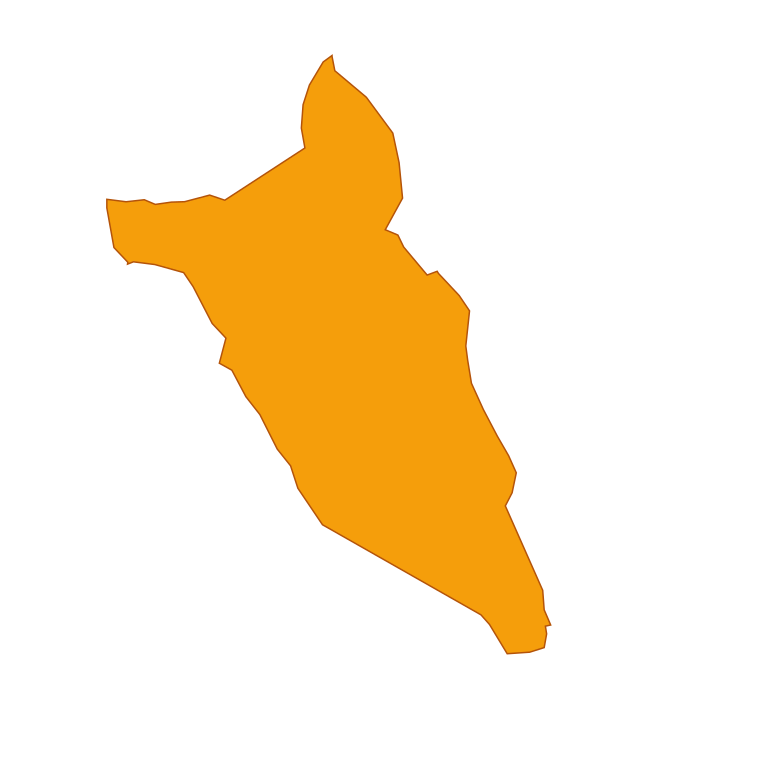 Morne Lastic, Soufrière, Saint Lucia, rotated 56°
{"feature_id": "8701671B74106328276296", "entity_name": "Morne Lastic", "entity_type": "district", "adm_level": 2, "iso_a3": "LCA", "parent_name": "Saint Lucia", "parent_adm1": "Soufrière", "projection": "robinson", "projection_center": [-61.059, 13.867], "detail": "fine", "context": "isolated", "style": "filled", "palette": "amber", "viewbox_px": 768, "rotation_deg": 56, "n_neighbors": 0, "source": "geoboundaries", "source_scale": "gbopen_adm2", "svg_char_len": 989}
<svg xmlns="http://www.w3.org/2000/svg" viewBox="0 0 768 768"><g transform="rotate(56 384 384)"><path d="M320.3,276.9L317.8,287.3L281.5,291.1L268.3,289.2L256.8,296.7L240.3,264.7L208.9,247.7L180.9,236.4L136.4,238.3L96.8,249.6L83.6,244.0L82.6,243.4L83.0,254.3L94.4,278.6L107.2,294.9L125.6,309.4L144.1,317.6L142.6,413.2L129.9,422.9L121.4,447.3L114.3,458.6L107.2,473.2L97.2,479.7L88.7,495.9L75.9,510.5L83.0,515.3L119.9,531.6L139.8,528.3L141.2,529.6L142.6,523.4L156.8,507.2L179.6,487.8L196.6,487.8L237.8,492.6L257.6,489.4L274.7,508.9L287.5,502.4L317.3,505.6L340.0,504.0L378.3,508.9L399.6,507.2L422.3,513.7L466.3,513.7L629.6,432.7L642.4,431.0L676.5,432.7L687.8,413.2L692.1,398.6L682.1,388.9L675.0,385.6L677.0,380.6L670.3,379.3L660.8,377.5L651.0,371.9L643.8,367.8L552.9,351.6L545.8,338.6L531.6,324.0L513.2,320.8L490.5,319.2L460.7,315.9L432.3,311.1L411.0,301.3L398.2,294.9L371.2,272.2L352.8,272.2L323.0,277.0L322.1,277.0L320.3,276.9Z" fill="#f59e0b" stroke="#b45309" stroke-width="1.5"/></g></svg>